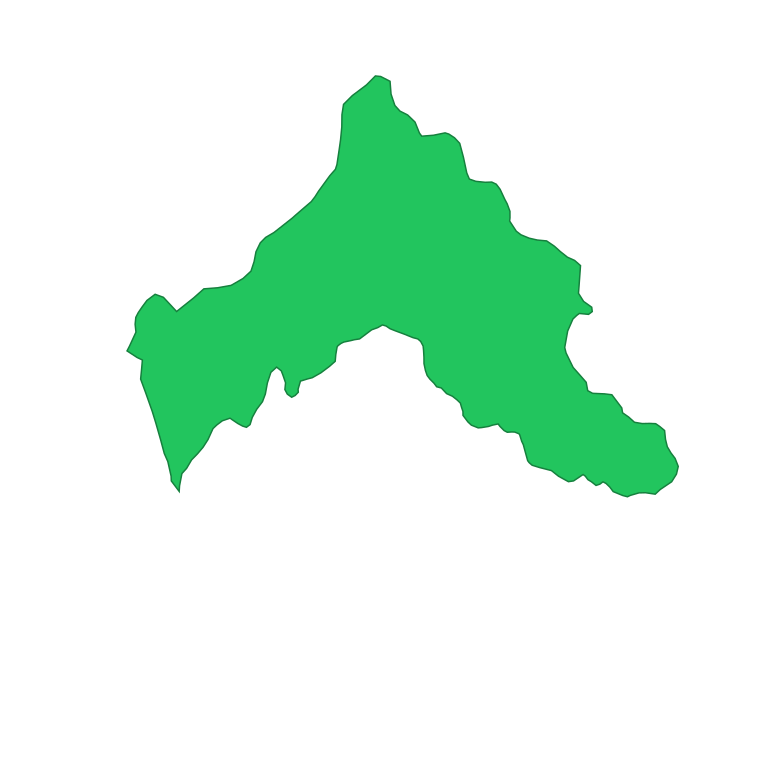 Panjwin, As-Sulaymaniyah, Iraq (Robinson projection), rotated 53°
{"feature_id": "34846034B29141080711053", "entity_name": "Panjwin", "entity_type": "district", "adm_level": 2, "iso_a3": "IRQ", "parent_name": "Iraq", "parent_adm1": "As-Sulaymaniyah", "projection": "robinson", "projection_center": [46.048, 35.647], "detail": "fine", "context": "isolated", "style": "filled", "palette": "green", "viewbox_px": 768, "rotation_deg": 53, "n_neighbors": 0, "source": "geoboundaries", "source_scale": "gbopen_adm2", "svg_char_len": 3194}
<svg xmlns="http://www.w3.org/2000/svg" viewBox="0 0 768 768"><g transform="rotate(53 384 384)"><path d="M346.5,612.2L342.2,608.5L333.9,599.3L332.6,592.5L328.8,583.3L327.5,574.9L325.6,566.5L322.5,558.1L316.7,547.4L316.1,542.1L316.1,535.2L318.6,527.6L327.6,524.5L332.6,522.2L335.8,519.9L335.8,515.4L331.4,509.3L327.6,500.9L325.0,491.7L320.6,484.8L312.9,476.4L306.6,467.3L305.9,459.6L311.7,458.1L316.8,459.6L323.8,461.9L328.8,466.5L333.9,467.3L339.0,465.7L339.7,461.9L339.0,457.4L336.5,455.8L331.4,449.0L332.0,447.4L333.9,442.1L335.8,437.5L337.1,427.6L337.1,416.9L336.5,409.3L331.4,404.7L326.3,399.3L325.7,397.8L325.7,394.0L326.3,390.9L329.5,384.1L330.8,381.0L333.3,376.4L333.3,373.4L333.3,366.5L333.3,361.2L335.2,355.1L335.9,349.7L339.0,347.4L343.5,345.9L348.6,342.8L355.6,338.3L364.5,332.9L368.3,329.9L372.1,329.1L377.2,329.9L381.0,332.2L386.7,336.0L391.8,339.8L398.2,342.8L403.2,344.4L407.7,344.4L413.4,343.6L417.9,343.6L421.7,340.6L429.3,339.8L435.0,336.7L440.8,335.2L445.2,334.5L449.0,336.0L453.5,337.5L456.6,339.8L459.8,339.8L463.0,339.8L464.9,339.8L469.4,339.0L471.9,337.5L475.7,335.2L477.6,332.2L480.8,326.1L482.1,322.2L484.6,316.9L487.8,316.9L493.5,316.1L496.7,314.6L499.2,310.8L501.1,308.5L504.9,306.2L506.2,306.2L512.6,308.5L516.4,309.3L522.1,311.6L531.7,315.4L534.2,315.4L538.0,314.6L544.4,310.0L553.9,302.4L562.8,300.1L573.0,295.5L575.5,290.9L576.1,279.5L578.7,278.7L583.1,278.7L586.9,277.2L592.6,275.7L593.9,271.9L593.9,268.0L597.1,266.5L602.2,265.7L607.9,265.7L616.8,260.4L620.6,257.4L621.2,254.3L624.4,245.9L628.2,240.6L635.2,233.7L634.5,226.8L635.2,213.1L632.0,204.7L626.9,198.6L618.6,196.3L611.6,196.3L604.6,195.5L597.6,192.5L590.0,187.9L583.7,189.4L579.2,190.9L575.4,195.5L571.0,201.6L565.3,207.0L557.6,208.5L550.6,210.8L546.2,208.5L538.6,208.5L529.7,208.5L524.6,213.8L517.0,223.0L511.9,225.3L504.3,221.5L494.7,222.2L484.6,223.0L468.7,219.9L463.6,217.7L452.2,205.4L445.8,194.0L445.2,188.7L445.2,185.6L451.5,178.7L451.5,174.1L447.7,171.9L438.2,174.9L428.6,174.1L423.5,169.6L414.7,161.9L407.7,155.8L400.0,157.4L393.1,161.2L384.2,163.5L376.5,165.0L367.6,168.0L361.3,174.9L354.9,180.3L347.3,184.8L341.6,186.4L329.5,185.6L327.0,183.3L321.9,179.5L314.3,177.2L309.2,176.4L298.4,174.1L292.0,174.1L287.6,176.4L283.8,181.8L277.4,188.7L271.7,192.5L265.3,190.9L250.7,184.1L237.4,178.7L229.8,179.5L223.4,181.8L220.2,184.1L215.1,194.8L208.8,204.7L205.0,204.7L193.5,201.6L183.4,203.2L175.7,207.0L168.1,207.7L156.7,203.9L145.9,197.0L136.4,201.6L132.8,205.5L134.6,218.0L134.6,224.9L134.6,235.7L135.1,239.3L136.3,248.0L143.6,255.5L153.3,263.0L162.9,271.8L169.7,278.6L180.4,289.5L183.3,293.6L185.0,301.8L190.6,320.2L192.9,326.3L194.6,332.4L195.1,340.6L195.9,352.8L196.3,357.6L196.8,380.7L195.7,390.3L196.8,397.8L201.3,406.6L208.1,414.1L213.8,422.3L214.9,433.1L213.2,446.8L207.0,459.0L199.6,470.6L200.7,484.2L201.3,506.0L182.0,508.0L174.6,512.8L174.6,523.0L176.8,530.5L179.1,537.3L181.4,542.1L186.5,546.8L193.3,550.9L195.5,555.0L200.6,564.5L202.9,569.3L214.3,565.2L219.4,562.5L226.2,568.6L233.6,575.4L247.2,579.5L266.5,585.6L277.8,589.7L287.7,593.5L293.7,595.8L307.3,601.3L315.8,603.3L329.5,609.5L333.4,612.2L341.4,612.2L346.5,612.2Z" fill="#22c55e" stroke="#15803d" stroke-width="1.5"/></g></svg>